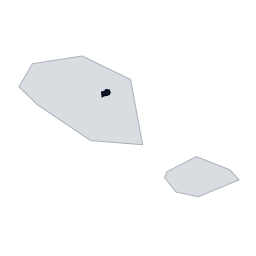 Malta, with Mtarfa highlighted, rotated 170°
{"feature_id": "MLT-5922", "entity_name": "Mtarfa", "entity_type": "state/province", "adm_level": 1, "iso_a3": "MLT", "parent_name": "Malta", "parent_adm1": "", "projection": "robinson", "projection_center": [14.404, 35.886], "detail": "fine", "context": "in_parent", "style": "filled", "palette": "ink", "viewbox_px": 256, "rotation_deg": 170, "n_neighbors": 0, "source": "natural_earth", "source_scale": "10m", "svg_char_len": 555}
<svg xmlns="http://www.w3.org/2000/svg" viewBox="0 0 256 256"><g transform="rotate(170 128 128)"><path d="M228.3,187.5L210.9,207.9L160.8,206.9L117.1,175.3L116.5,109.0L167.0,122.1L213.1,166.6L228.3,187.5ZM96.9,78.3L65.7,87.9L34.9,69.1L27.7,57.7L70.8,48.1L91.8,56.6L100.7,72.9L96.9,78.3Z" fill="#d9dde1" stroke="#a8b0b8" stroke-width="1"/><path d="M143.1,169.5L139.9,168.4L139.6,165.8L141.1,164.2L143.7,164.0L146.0,164.0L147.9,163.4L147.7,165.8L147.6,167.9L145.7,167.9L143.9,168.4L143.1,169.5Z" fill="#0f172a" stroke="#020617" stroke-width="1.5"/></g></svg>